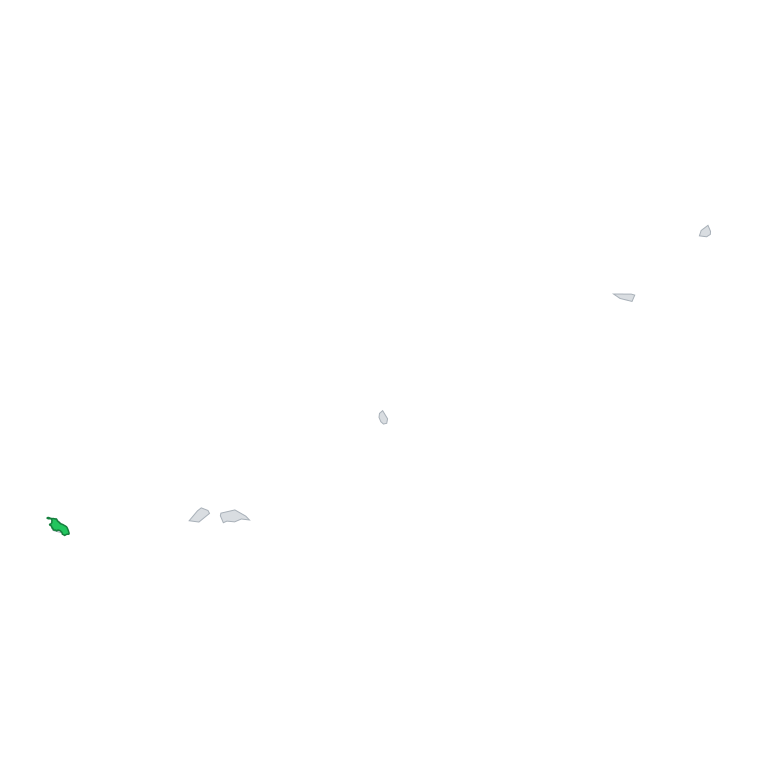 Rota, Rota, Northern Mariana Islands (highlighted), rotated 60°
{"feature_id": "39175420B64217482742742", "entity_name": "Rota", "entity_type": "district", "adm_level": 2, "iso_a3": "MNP", "parent_name": "Northern Mariana Islands", "parent_adm1": "Rota", "projection": "mercator", "projection_center": [145.199, 14.155], "detail": "fine", "context": "in_parent", "style": "filled", "palette": "green", "viewbox_px": 768, "rotation_deg": 60, "n_neighbors": 0, "source": "geoboundaries", "source_scale": "gbopen_adm2", "svg_char_len": 3134}
<svg xmlns="http://www.w3.org/2000/svg" viewBox="0 0 768 768"><g transform="rotate(60 384 384)"><path d="M424.2,588.6L423.8,592.5L416.3,591.6L414.3,589.8L418.5,576.1L429.3,569.8L434.5,568.5L429.6,575.0L428.7,582.3L424.2,588.6ZM411.0,613.3L405.0,621.1L400.6,609.0L399.9,604.2L405.5,599.7L408.8,599.8L411.0,613.3ZM352.6,736.7L345.4,743.8L340.1,742.3L336.8,739.9L336.1,735.8L347.9,731.9L352.7,733.3L352.6,736.7ZM428.0,136.8L420.9,140.2L429.7,125.0L432.4,122.4L436.5,127.9L428.0,136.8ZM417.8,31.0L413.4,36.8L409.6,32.5L408.6,24.1L415.1,24.9L417.6,26.6L417.8,31.0ZM418.4,404.5L415.1,405.6L410.4,405.0L407.2,402.6L406.4,398.5L415.9,398.3L419.4,401.3L418.4,404.5Z" fill="#d9dde1" stroke="#a8b0b8" stroke-width="1"/><path d="M331.5,742.4L331.5,742.5L331.7,742.8L331.8,742.8L332.0,742.6L332.3,742.5L332.4,742.4L332.6,742.3L332.7,742.2L332.8,742.1L333.0,741.9L333.3,741.2L333.5,741.0L333.9,740.2L334.0,740.2L334.3,739.9L334.9,739.5L335.0,739.6L335.3,739.6L336.0,739.7L336.0,739.8L336.6,740.1L336.8,740.3L337.0,740.4L337.2,740.5L337.7,740.8L337.9,740.9L338.0,741.0L338.2,741.3L338.3,741.6L338.3,741.8L338.3,742.0L338.6,742.3L338.6,742.6L338.6,743.1L338.5,743.3L338.4,743.3L338.3,743.6L338.4,743.8L338.7,743.9L339.1,743.9L339.3,743.9L339.5,743.8L339.7,743.7L339.8,743.6L339.8,743.4L340.0,743.3L340.3,743.2L340.6,743.1L340.8,743.0L341.2,743.1L341.7,743.3L342.4,743.2L342.6,743.4L342.8,743.5L343.1,743.4L343.3,743.4L343.4,743.2L343.6,743.3L343.8,743.1L344.5,743.0L344.9,743.2L345.3,743.0L345.5,742.8L345.6,742.6L345.9,742.4L346.1,741.8L346.2,741.6L346.3,741.5L346.6,741.3L346.8,741.3L347.4,741.0L347.6,740.8L347.6,740.7L347.4,740.4L347.4,740.2L347.5,739.5L347.5,739.3L347.7,739.1L347.8,739.1L348.0,738.7L348.3,738.5L348.5,738.4L348.6,738.2L348.9,737.9L349.1,737.7L349.3,737.6L349.8,737.6L350.0,737.5L350.4,737.5L350.6,737.4L350.8,737.2L352.0,737.2L352.3,737.3L352.6,737.4L353.0,737.6L353.4,737.6L353.6,737.4L354.0,737.0L354.3,736.8L354.5,736.8L354.8,736.6L355.1,736.5L355.1,736.4L355.4,736.3L355.4,736.2L355.5,736.0L355.5,735.9L355.5,735.6L355.5,735.4L355.5,734.9L355.5,734.5L355.5,734.1L355.7,733.5L355.8,733.2L356.2,732.7L356.3,732.4L356.4,732.2L356.3,731.9L356.3,731.7L356.2,731.6L355.6,731.3L355.4,731.2L354.9,731.1L354.6,731.1L354.2,730.9L353.8,730.9L353.5,730.7L352.8,730.7L352.5,730.6L352.2,730.5L351.6,730.5L351.4,730.4L351.0,730.4L350.5,730.3L350.0,730.3L349.2,730.3L348.9,730.4L348.3,730.6L347.9,730.9L347.5,731.0L346.4,731.7L346.2,731.8L345.8,732.0L345.7,732.1L345.1,732.4L344.8,732.7L344.4,733.0L344.1,733.3L343.9,733.5L343.7,733.7L343.6,733.8L343.3,733.9L342.8,734.1L342.6,734.3L342.3,734.3L342.0,734.3L341.7,734.3L341.3,734.6L340.6,734.8L340.3,735.0L340.2,735.0L339.7,735.2L339.3,735.3L339.0,735.2L338.5,735.2L337.8,735.1L337.4,735.1L337.2,735.2L337.1,735.3L336.9,735.4L336.9,735.5L336.9,735.8L336.6,736.1L336.2,736.5L335.1,737.7L334.9,738.1L334.7,738.5L334.6,738.8L334.4,739.1L334.1,739.3L333.9,739.6L333.7,739.8L333.5,740.0L333.3,740.1L333.2,740.3L332.9,740.5L332.7,740.7L332.4,740.8L332.2,741.0L331.9,741.3L331.7,741.6L331.6,741.8L331.6,742.0L331.5,742.3L331.5,742.4Z" fill="#22c55e" stroke="#15803d" stroke-width="1.5"/></g></svg>